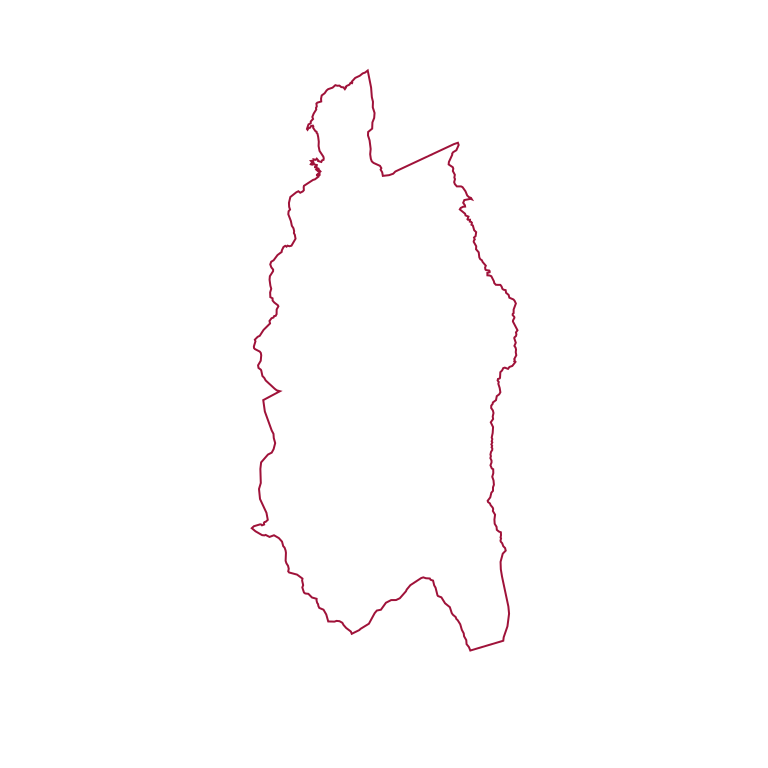 Guachipas, Salta, Argentina, rotated 149°
{"feature_id": "61730980B8942789897843", "entity_name": "Guachipas", "entity_type": "district", "adm_level": 2, "iso_a3": "ARG", "parent_name": "Argentina", "parent_adm1": "Salta", "projection": "orthographic", "projection_center": [-65.567, -25.704], "detail": "fine", "context": "isolated", "style": "outline", "palette": "rose", "viewbox_px": 768, "rotation_deg": 149, "n_neighbors": 0, "source": "geoboundaries", "source_scale": "gbopen_adm2", "svg_char_len": 6166}
<svg xmlns="http://www.w3.org/2000/svg" viewBox="0 0 768 768"><g transform="rotate(149 384 384)"><path d="M213.6,497.1L213.6,498.7L214.9,500.3L215.6,502.7L214.9,507.2L215.3,512.3L216.1,513.6L219.8,515.9L220.3,518.9L219.9,520.9L217.6,523.1L217.4,524.7L215.5,526.9L215.3,531.1L213.7,532.9L213.4,534.4L215.5,538.9L214.0,540.9L207.4,545.4L206.9,546.4L205.3,547.1L201.6,547.1L196.9,550.4L196.4,552.7L200.5,553.6L264.8,560.3L267.8,559.5L272.1,560.4L277.8,563.0L276.5,566.4L276.5,569.5L275.1,570.4L275.1,573.1L279.1,578.9L279.8,581.1L279.3,583.8L277.5,588.1L274.4,592.3L270.9,600.2L269.7,605.3L267.8,608.2L262.6,609.0L259.2,614.2L255.4,617.1L252.5,621.2L251.1,627.0L248.1,631.6L246.7,636.1L242.4,644.7L236.5,661.1L239.8,660.7L242.3,661.2L246.0,660.7L251.0,661.2L255.8,659.8L255.9,658.8L256.5,658.3L257.7,659.3L259.5,658.4L262.4,658.7L263.6,658.5L263.8,657.8L265.7,656.9L266.0,659.2L267.7,660.5L268.5,662.7L270.4,663.7L271.8,665.2L275.5,664.5L280.0,665.5L282.0,665.2L285.1,663.8L288.8,663.4L291.0,661.0L292.3,658.5L296.2,659.5L297.5,659.2L298.7,656.5L300.1,655.7L300.7,654.2L305.0,652.0L307.9,649.8L308.3,647.7L311.5,646.8L312.6,645.2L315.0,645.4L318.7,642.3L318.6,641.3L317.1,642.1L315.3,641.8L313.6,642.7L311.9,642.1L311.9,641.2L312.8,640.1L312.6,636.3L311.9,635.0L312.4,634.1L312.1,632.9L313.2,629.6L315.1,625.3L317.5,621.7L319.2,617.0L318.9,610.1L319.4,608.5L320.4,607.3L321.9,607.6L323.4,606.6L325.6,609.0L325.2,609.5L325.6,611.8L327.1,611.3L328.6,612.8L328.8,612.2L329.9,612.1L331.7,612.8L331.3,611.1L333.6,610.1L333.3,609.6L330.4,610.0L330.5,609.5L331.8,609.2L331.9,608.8L331.2,608.7L328.8,606.3L329.8,605.2L331.2,605.7L331.5,605.3L329.2,602.3L329.4,601.2L329.9,601.2L331.1,602.8L331.7,602.7L331.0,600.6L329.2,599.8L329.0,598.9L331.7,598.3L331.0,597.2L331.6,596.3L332.2,596.4L332.7,597.9L333.7,597.9L334.0,597.4L333.1,596.5L333.3,595.5L337.8,595.0L339.7,595.5L350.5,595.1L351.4,594.2L352.9,591.4L354.4,590.9L357.3,591.1L358.1,593.3L360.4,593.5L368.0,592.5L372.2,588.2L374.1,584.6L374.7,581.9L376.8,581.2L378.6,578.8L379.9,571.6L381.5,567.1L381.4,564.1L382.3,561.3L383.5,559.8L383.6,557.8L385.0,554.1L392.1,550.2L394.1,550.8L395.5,552.3L396.8,551.9L397.5,553.3L399.6,553.2L402.8,551.1L403.7,549.9L408.8,549.4L414.9,546.9L417.7,546.9L419.9,545.1L420.5,542.0L420.1,539.2L421.0,537.8L426.3,535.2L428.4,532.3L430.8,526.7L431.6,523.7L434.4,521.2L436.7,517.0L435.4,514.8L436.5,512.9L436.1,510.4L434.4,506.1L434.5,505.0L437.6,503.2L440.1,499.2L441.8,498.2L443.1,498.8L444.5,497.9L446.5,498.3L449.7,497.0L450.5,494.6L459.4,492.4L465.7,489.3L468.0,489.5L471.9,488.5L472.2,486.8L476.2,483.2L476.9,481.8L476.7,480.5L473.8,475.8L473.6,474.1L474.4,471.9L477.7,467.4L482.3,464.9L483.3,462.4L482.2,459.7L482.3,458.7L484.1,453.5L483.5,450.9L483.6,448.0L480.2,436.4L479.2,433.8L476.9,431.4L495.8,432.4L500.3,421.8L504.2,402.0L504.4,398.2L506.3,394.5L507.7,389.4L512.2,385.0L515.6,383.0L519.8,383.3L529.7,380.1L533.7,374.9L540.6,362.6L545.2,358.4L549.5,349.3L551.1,334.1L553.6,327.4L556.5,326.8L557.5,327.2L558.6,326.7L559.1,325.3L561.4,325.7L561.7,326.9L562.5,327.5L568.8,329.1L571.6,328.5L570.0,323.9L566.3,317.2L564.4,315.8L563.2,315.6L560.9,311.9L556.2,311.0L553.5,306.1L552.6,301.4L553.9,296.9L553.5,295.0L554.1,292.0L555.0,289.8L559.4,283.1L560.0,280.5L559.9,277.6L560.8,274.7L562.6,272.7L562.4,271.3L556.7,265.4L554.1,259.2L555.4,257.7L556.9,253.2L558.8,251.7L560.0,246.5L559.4,245.0L556.9,243.1L555.7,238.1L552.4,234.6L553.4,233.0L554.0,230.8L553.9,229.3L554.6,227.5L554.8,225.4L552.1,221.7L552.2,216.2L554.1,209.2L548.8,205.8L546.7,205.4L544.3,203.6L542.7,200.8L542.8,198.3L542.1,194.4L539.9,188.9L540.3,186.5L531.9,185.8L530.2,186.2L520.4,186.3L510.0,192.4L506.8,193.5L502.9,192.1L495.0,195.5L489.2,195.1L484.9,192.6L480.8,192.2L472.0,195.0L470.4,196.1L465.0,198.0L452.0,198.5L449.9,198.0L448.1,195.9L444.9,193.7L444.9,192.2L443.2,190.2L444.7,185.5L444.7,182.9L447.0,175.3L446.9,174.4L444.7,171.6L444.6,164.6L442.5,158.8L443.9,152.8L443.8,150.8L442.6,147.3L443.0,145.3L442.5,143.7L442.4,138.8L443.9,133.2L444.1,129.2L445.3,126.5L445.4,122.1L447.2,118.5L446.7,114.7L447.3,111.1L414.0,102.5L411.8,105.3L403.0,112.7L395.1,122.7L392.0,129.2L382.0,158.2L379.3,165.0L375.7,171.5L369.6,177.4L365.5,178.5L364.7,181.0L365.3,183.5L364.7,186.7L365.1,188.6L364.9,189.6L363.1,191.5L363.2,192.3L361.6,194.1L360.2,196.7L361.5,198.3L362.4,200.9L361.1,203.6L361.1,207.2L359.2,210.9L356.1,214.8L356.1,219.1L354.8,220.6L354.5,222.0L355.0,225.3L354.7,227.1L355.6,229.2L355.3,230.5L351.3,232.1L348.0,235.5L345.6,236.3L343.8,239.3L341.7,241.0L339.8,244.9L339.0,248.7L336.2,251.3L334.3,254.7L335.1,256.1L334.6,259.5L332.3,261.3L331.3,262.9L331.0,265.7L329.5,267.1L329.1,268.7L327.2,270.7L325.2,271.7L324.3,273.1L324.4,274.3L323.1,275.3L323.1,276.9L321.2,278.2L321.2,279.4L319.5,281.0L319.3,282.6L316.1,286.0L312.7,290.9L312.2,296.2L308.5,297.8L307.6,300.1L305.1,302.7L304.3,305.2L304.5,308.2L303.2,310.2L301.1,311.0L300.2,312.1L296.3,312.5L293.6,315.5L290.6,315.8L288.5,317.0L286.9,321.0L285.9,325.3L284.6,326.6L284.8,328.5L283.7,329.6L282.1,329.2L281.4,329.5L278.2,334.2L275.8,334.8L273.6,336.2L272.0,335.8L269.9,333.1L267.7,334.0L264.7,333.4L260.0,335.2L260.6,336.4L259.6,337.1L259.5,338.3L255.8,340.5L254.7,343.4L253.1,345.5L252.5,347.4L252.6,349.5L249.8,351.5L248.8,356.0L248.3,356.7L246.1,357.2L245.0,358.3L244.3,360.3L241.9,361.3L241.3,371.2L240.6,372.1L238.1,373.6L237.8,374.4L238.2,376.9L237.5,377.8L236.4,378.0L234.5,381.1L229.5,385.1L229.2,388.1L229.5,389.8L232.1,393.4L231.3,396.2L232.4,399.3L231.4,401.8L233.0,403.3L233.5,404.6L233.0,407.0L233.2,409.0L237.0,411.4L237.5,413.7L236.9,415.5L236.5,421.1L237.6,422.6L239.4,423.9L238.2,426.0L235.9,425.4L235.3,426.3L235.4,427.1L237.8,429.0L238.1,429.9L237.4,431.7L235.8,433.0L236.6,437.7L236.4,439.7L237.2,441.4L237.1,443.4L235.0,448.1L235.7,452.1L234.0,454.6L233.9,459.7L232.9,460.8L231.8,461.1L231.4,463.2L229.3,463.6L226.8,466.7L227.5,469.4L226.2,474.1L227.0,475.5L225.6,476.9L225.8,478.1L226.8,479.0L225.7,480.5L227.4,481.5L227.6,482.2L225.4,484.0L227.3,486.5L226.8,488.2L229.1,494.6L227.6,495.4L224.9,495.2L223.1,494.3L222.6,495.5L222.8,498.5L220.4,500.3L214.4,498.1L213.6,497.1Z" fill="none" stroke="#9f1239" stroke-width="2"/></g></svg>